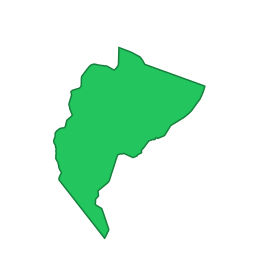 SVG path tracing the border of Illizi, rotated 52°
{"feature_id": "DZA-2188", "entity_name": "Illizi", "entity_type": "Province", "adm_level": 1, "iso_a3": "DZA", "parent_name": "Algeria", "parent_adm1": "", "projection": "robinson", "projection_center": [8.244, 27.011], "detail": "fine", "context": "isolated", "style": "filled", "palette": "green", "viewbox_px": 256, "rotation_deg": 52, "n_neighbors": 0, "source": "natural_earth", "source_scale": "10m", "svg_char_len": 2683}
<svg xmlns="http://www.w3.org/2000/svg" viewBox="0 0 256 256"><g transform="rotate(52 128 128)"><path d="M142.3,41.7L143.6,43.2L146.7,48.0L149.6,53.6L151.5,60.5L153.5,67.3L154.0,71.7L154.1,77.1L153.6,81.9L152.4,92.0L152.7,93.7L156.3,103.5L156.3,104.6L156.2,104.9L154.6,110.6L154.2,111.2L153.5,111.5L152.9,112.0L152.9,112.6L153.3,113.2L153.6,113.8L153.4,114.4L152.3,115.6L152.0,116.2L151.6,117.9L151.2,119.0L151.1,119.5L151.1,120.0L153.2,127.6L153.7,130.6L153.9,131.2L154.2,131.4L155.3,132.1L155.7,132.4L155.8,132.8L155.2,135.9L155.1,136.9L155.4,137.7L155.5,138.3L154.5,142.0L154.0,142.5L145.4,146.9L145.3,147.5L145.2,147.9L145.0,148.4L144.2,149.2L143.7,150.3L143.4,150.8L142.8,152.1L143.4,153.7L146.8,158.8L150.6,164.3L153.6,168.8L157.4,174.3L158.4,176.1L158.7,178.0L158.8,181.7L158.9,185.8L159.0,189.8L159.3,190.5L163.0,192.8L163.5,193.6L163.9,196.3L164.2,197.3L164.7,197.8L167.9,200.6L168.4,200.7L169.3,200.6L172.2,199.5L174.9,198.4L175.5,198.4L176.0,198.5L180.7,200.1L186.6,202.2L194.5,205.0L195.5,205.3L196.3,205.8L196.9,206.7L198.7,210.4L200.5,214.2L200.5,214.3L126.5,214.3L126.2,214.2L125.8,213.9L125.0,213.2L124.4,212.3L123.8,211.3L122.7,208.9L122.4,208.4L122.2,208.1L122.0,207.9L121.8,207.8L121.5,207.7L121.2,207.7L120.6,207.7L118.6,207.4L116.3,206.7L116.2,206.6L115.4,205.9L115.2,205.8L114.6,205.7L114.1,205.5L113.2,204.9L111.3,204.3L110.7,204.2L109.5,204.1L107.9,203.8L107.7,203.7L106.9,203.2L106.6,202.9L106.1,202.3L105.9,202.1L105.3,201.9L105.1,201.6L103.5,200.0L103.5,199.9L103.3,199.9L102.8,199.7L102.7,199.6L101.6,198.9L101.3,198.6L101.1,198.3L100.4,197.6L99.8,197.2L99.7,197.1L99.2,197.2L98.9,197.1L98.4,196.7L98.1,196.6L97.8,196.5L97.7,196.4L97.1,195.9L96.9,195.7L96.6,195.6L96.4,195.6L95.4,195.7L94.5,195.5L93.4,195.1L93.2,195.0L93.1,194.9L92.6,194.5L92.2,194.2L91.9,193.8L91.6,193.4L90.8,192.4L90.2,191.1L89.8,190.6L89.4,190.2L87.8,189.1L87.4,188.7L87.1,188.3L86.9,187.9L86.4,185.6L86.4,182.5L86.5,182.2L87.0,180.7L87.1,180.4L88.2,178.8L88.4,178.5L88.5,178.3L88.5,178.0L88.5,177.8L88.5,177.4L88.5,177.1L88.4,176.8L88.1,176.3L87.7,175.7L87.0,175.0L84.2,171.3L84.0,165.9L83.7,164.6L83.4,163.9L77.3,162.1L76.5,161.7L75.9,161.3L73.2,160.2L72.9,159.8L72.5,159.5L67.4,152.3L67.2,152.1L64.6,150.8L64.5,150.7L64.4,150.5L64.2,150.4L64.2,150.0L64.1,149.6L64.2,148.7L64.3,148.0L64.5,147.4L66.5,142.3L66.6,141.8L66.7,141.6L66.6,141.2L66.6,140.6L66.3,139.8L65.9,139.0L65.0,138.1L60.2,134.2L59.2,133.1L58.9,132.7L58.7,132.3L56.1,122.5L55.5,119.1L56.1,116.7L56.9,115.2L58.5,113.8L60.3,112.4L66.4,106.4L73.0,103.7L73.9,102.9L73.4,99.4L72.6,97.1L71.1,95.6L59.0,85.6L70.5,78.7L79.4,74.8L83.1,74.8L88.2,75.6L142.3,41.7Z" fill="#22c55e" stroke="#15803d" stroke-width="1.5"/></g></svg>